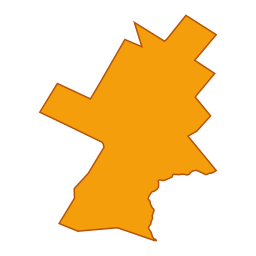 the district of Caledonia, Vermont, United States of America
{"feature_id": "52423323B73732041573461", "entity_name": "Caledonia", "entity_type": "district", "adm_level": 2, "iso_a3": "USA", "parent_name": "United States of America", "parent_adm1": "Vermont", "projection": "robinson", "projection_center": [-72.042, 44.463], "detail": "fine", "context": "isolated", "style": "filled", "palette": "amber", "viewbox_px": 256, "rotation_deg": 0, "n_neighbors": 0, "source": "geoboundaries", "source_scale": "gbopen_adm2", "svg_char_len": 1307}
<svg xmlns="http://www.w3.org/2000/svg" viewBox="0 0 256 256"><path d="M216.2,170.5L187.9,136.1L196.7,131.2L210.6,115.9L195.2,97.1L198.3,93.1L214.7,73.5L194.7,60.3L216.2,34.7L185.9,15.4L167.0,39.0L164.5,41.2L134.4,22.5L141.9,46.8L124.9,39.5L98.0,86.2L90.4,98.9L57.4,83.5L41.1,110.0L39.8,112.2L73.2,128.2L102.0,142.2L103.0,143.5L104.0,147.2L88.3,173.3L74.2,188.7L74.5,198.2L59.1,223.5L77.9,231.2L116.6,227.8L119.0,228.3L154.7,240.6L156.2,240.5L155.7,239.4L154.1,239.0L152.5,236.8L151.2,232.5L150.0,230.5L148.6,228.7L149.1,226.1L149.4,225.5L150.4,224.8L150.7,224.2L151.0,222.7L150.9,221.9L152.5,218.7L152.5,218.4L152.6,218.0L152.3,216.6L152.3,215.4L153.2,212.6L154.0,210.8L153.9,209.8L153.4,208.7L152.2,207.7L150.5,204.3L150.1,201.6L149.1,199.9L148.5,199.8L148.1,198.8L148.8,196.5L150.8,193.2L152.4,191.6L154.5,191.1L156.7,189.4L157.2,188.9L158.3,187.4L158.6,186.7L158.6,185.7L158.6,182.3L158.2,181.7L158.4,180.6L159.6,179.9L160.6,180.0L162.5,180.6L163.9,180.4L165.3,180.0L167.5,179.0L171.7,177.2L172.2,176.6L172.8,174.8L173.8,174.3L179.1,174.7L180.6,174.3L184.4,174.2L186.3,174.9L187.3,174.9L189.2,174.3L190.4,172.6L192.7,171.0L195.8,170.3L197.1,170.6L203.2,173.3L205.0,174.4L206.0,174.6L206.7,174.5L209.1,173.3L211.8,173.1L214.3,171.8L216.2,170.5Z" fill="#f59e0b" stroke="#b45309" stroke-width="1.5"/></svg>